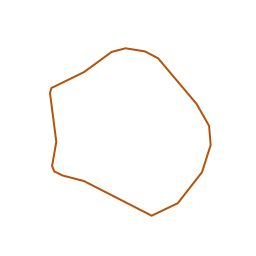 outline of Ngulu, Federated States of Micronesia, rotated 211°
{"feature_id": "79324940B42165526441139", "entity_name": "Ngulu", "entity_type": "district", "adm_level": 2, "iso_a3": "FSM", "parent_name": "Federated States of Micronesia", "parent_adm1": "", "projection": "orthographic", "projection_center": [137.488, 8.298], "detail": "fine", "context": "isolated", "style": "outline", "palette": "amber", "viewbox_px": 256, "rotation_deg": 211, "n_neighbors": 0, "source": "geoboundaries", "source_scale": "gbopen_adm2", "svg_char_len": 389}
<svg xmlns="http://www.w3.org/2000/svg" viewBox="0 0 256 256"><g transform="rotate(211 128 128)"><path d="M62.6,65.0L46.6,89.2L41.8,128.3L48.4,156.0L59.6,171.6L81.7,184.0L138.0,203.2L152.9,202.4L171.1,195.1L181.2,184.8L194.5,153.3L214.2,122.9L212.9,117.8L182.3,79.2L173.5,56.3L168.7,52.8L159.6,53.6L138.5,59.8L99.6,62.5L62.6,65.0Z" fill="none" stroke="#b45309" stroke-width="2"/></g></svg>